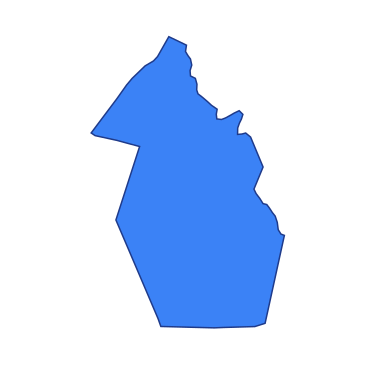 São José do Sabugi, Paraíba, Brazil, rotated 201°
{"feature_id": "56859067B5219059609042", "entity_name": "São José do Sabugi", "entity_type": "district", "adm_level": 2, "iso_a3": "BRA", "parent_name": "Brazil", "parent_adm1": "Paraíba", "projection": "natural_earth1", "projection_center": [-36.818, -6.823], "detail": "fine", "context": "isolated", "style": "filled", "palette": "blue", "viewbox_px": 384, "rotation_deg": 201, "n_neighbors": 0, "source": "geoboundaries", "source_scale": "gbopen_adm2", "svg_char_len": 928}
<svg xmlns="http://www.w3.org/2000/svg" viewBox="0 0 384 384"><g transform="rotate(201 192 192)"><path d="M307.3,211.0L302.7,209.9L280.5,213.3L268.4,214.5L257.2,215.7L253.0,138.6L231.9,116.9L178.3,61.6L172.9,55.3L122.4,73.2L114.1,76.8L85.1,88.9L76.7,95.6L90.2,184.6L93.9,184.6L98.0,187.7L101.5,194.2L105.7,199.3L109.6,201.6L113.9,204.7L117.7,207.1L121.5,206.6L126.3,210.2L131.6,213.5L135.2,216.9L134.6,240.8L157.0,264.3L163.0,266.3L166.2,264.0L170.1,262.1L172.3,268.2L172.4,273.4L172.0,277.8L172.3,282.7L177.1,284.8L180.9,280.8L183.3,277.8L187.3,273.1L190.4,270.3L195.0,269.1L197.2,273.3L198.2,278.3L204.8,279.9L210.1,282.0L216.0,284.1L221.6,285.8L224.2,289.0L226.0,294.4L229.6,299.3L235.0,299.8L237.3,304.6L237.7,310.4L241.1,315.6L244.7,317.9L248.4,320.8L249.8,327.1L269.3,328.7L272.7,306.1L274.9,300.6L281.0,292.9L288.6,276.6L291.4,268.5L295.5,252.4L307.3,211.0Z" fill="#3b82f6" stroke="#1e3a8a" stroke-width="1.5"/></g></svg>